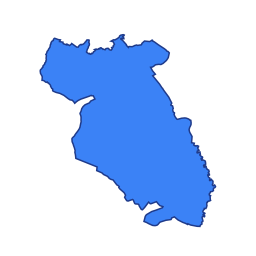 Branesti, Dâmbovita, Romania (Equal Earth projection), rotated 191°
{"feature_id": "2599482B82394279234380", "entity_name": "Branesti", "entity_type": "district", "adm_level": 2, "iso_a3": "ROU", "parent_name": "Romania", "parent_adm1": "Dâmbovita", "projection": "equal_earth", "projection_center": [25.411, 45.045], "detail": "fine", "context": "isolated", "style": "filled", "palette": "blue", "viewbox_px": 256, "rotation_deg": 191, "n_neighbors": 0, "source": "geoboundaries", "source_scale": "gbopen_adm2", "svg_char_len": 5776}
<svg xmlns="http://www.w3.org/2000/svg" viewBox="0 0 256 256"><g transform="rotate(191 128 128)"><path d="M217.6,157.3L216.6,157.4L216.1,157.7L215.8,157.2L215.5,157.3L215.1,157.0L214.5,157.0L214.2,156.5L212.9,155.8L212.4,155.2L212.0,154.7L212.0,154.3L210.9,152.9L210.4,152.3L209.5,152.0L209.3,151.8L209.1,150.4L208.6,149.9L205.3,149.2L201.5,149.0L197.1,147.8L192.6,145.5L190.4,144.6L188.0,144.6L186.3,143.4L185.0,142.1L183.6,144.0L182.2,145.5L179.7,147.4L171.8,152.0L170.4,153.0L169.7,152.7L168.2,153.0L166.0,150.1L169.8,147.3L170.7,145.3L174.6,142.6L176.2,140.4L177.1,138.1L177.3,135.4L177.9,133.3L177.7,132.7L176.6,130.9L176.1,129.5L175.6,126.6L175.2,125.2L175.3,123.3L175.3,119.7L175.7,117.8L176.7,115.4L178.6,111.6L179.0,110.1L180.7,107.7L181.0,106.7L180.2,103.8L178.8,101.8L178.1,100.4L176.9,98.4L175.6,95.8L175.5,94.0L174.5,91.7L173.4,88.2L150.9,83.9L150.6,80.2L145.1,79.0L143.1,77.7L138.8,76.6L136.7,74.9L134.8,74.3L132.8,74.2L128.1,70.0L127.0,69.7L125.5,68.9L125.7,67.8L124.2,66.5L119.5,63.8L117.6,61.6L118.1,59.3L116.3,57.3L115.3,56.4L114.0,56.3L109.9,58.7L109.1,58.3L107.1,55.3L106.3,54.9L103.5,55.2L102.8,54.9L102.1,53.6L99.5,50.7L98.9,50.5L98.2,50.5L96.5,53.2L93.6,59.2L91.7,57.9L90.9,58.1L86.0,61.1L83.9,59.3L81.9,57.9L78.7,57.5L79.0,56.3L84.5,52.9L88.8,50.5L93.4,46.4L94.2,44.6L94.5,39.3L91.7,38.8L89.6,38.1L85.4,37.1L83.5,37.2L82.3,37.5L81.0,38.1L80.2,39.0L78.8,41.5L78.1,42.0L73.1,44.7L68.4,46.3L68.2,46.6L67.9,48.1L65.5,49.6L61.4,47.3L56.2,45.8L53.6,45.4L51.1,44.7L51.0,45.4L47.9,44.7L46.4,44.7L41.4,44.7L38.8,45.1L38.6,45.1L38.5,46.2L38.1,46.9L37.1,47.8L37.2,48.4L37.7,49.3L37.7,49.7L36.8,50.4L36.7,50.7L36.8,51.3L38.0,53.8L38.2,54.5L38.1,55.1L37.7,55.6L36.1,55.4L35.9,55.7L35.9,56.0L36.0,56.5L36.3,56.8L37.5,57.0L37.8,57.2L37.8,57.4L37.3,58.0L36.3,58.5L36.2,58.9L36.7,59.2L37.6,59.2L38.1,59.5L38.6,60.3L38.5,61.0L38.0,62.3L37.6,62.7L37.8,63.4L37.8,63.6L36.2,63.8L35.8,65.1L35.7,67.0L36.0,67.5L36.4,69.7L35.8,70.2L35.9,70.9L34.8,71.7L34.0,71.9L33.1,72.7L33.5,73.3L34.4,76.7L34.3,77.0L34.0,77.2L34.0,77.4L35.2,77.5L35.6,78.4L35.6,79.1L35.1,79.7L34.8,81.2L33.3,81.7L32.2,82.8L32.6,84.3L32.5,85.2L31.4,86.0L30.9,86.9L30.9,87.3L32.1,88.6L32.5,88.5L33.0,87.6L33.7,87.6L34.2,88.0L34.4,88.6L34.0,90.0L34.3,90.9L34.4,92.0L35.3,92.5L36.4,93.6L36.7,93.5L36.9,92.6L37.2,92.2L37.5,92.0L37.9,92.1L38.1,92.8L37.9,93.7L38.3,94.6L39.0,94.7L39.7,95.2L40.4,96.5L40.7,96.8L40.8,97.1L40.5,97.5L39.4,97.2L39.1,97.4L39.3,98.2L40.7,99.4L40.7,99.6L40.0,100.4L40.0,100.6L40.7,102.0L42.6,102.6L42.9,103.4L43.6,103.7L44.0,105.2L44.3,105.2L45.7,104.1L45.9,104.2L45.6,104.9L45.7,105.1L46.2,105.0L46.6,105.3L46.6,105.8L46.3,106.3L45.0,106.5L44.8,106.8L45.1,107.5L45.0,108.4L45.4,108.8L45.7,110.1L46.3,110.5L48.0,110.9L48.3,110.9L49.2,110.5L49.4,110.5L49.4,111.2L49.7,111.4L50.4,111.6L50.3,112.1L49.3,112.3L49.2,112.8L49.2,113.5L49.4,113.8L49.9,113.8L52.1,114.9L52.4,115.5L51.9,116.0L52.8,118.2L53.8,117.7L54.3,117.1L55.0,116.8L55.5,116.9L55.6,117.4L55.5,118.7L54.3,119.2L54.0,119.7L55.2,120.6L55.8,122.1L55.2,122.9L55.3,123.6L56.9,123.9L57.8,123.2L58.7,123.5L59.3,123.4L60.2,123.9L60.0,125.7L62.8,125.7L63.5,131.9L66.7,135.7L67.7,137.9L67.6,140.2L67.0,142.2L66.8,143.6L67.1,145.4L67.8,147.5L68.9,147.6L69.0,147.9L70.7,148.5L72.8,148.8L74.2,148.7L77.3,147.8L80.9,146.0L81.6,146.0L82.2,146.4L84.3,148.4L85.4,150.3L85.2,151.4L85.3,151.8L86.6,152.3L87.5,154.1L87.6,155.1L87.3,155.7L88.3,157.9L88.5,158.2L90.0,158.4L90.4,158.8L89.8,160.8L93.9,166.1L100.3,172.0L101.7,173.6L102.3,173.9L105.3,177.0L113.7,184.0L111.4,186.0L114.7,188.7L117.4,191.9L115.7,192.5L114.4,193.7L113.1,195.3L109.9,196.4L107.8,196.6L105.9,198.1L103.2,201.6L102.5,203.2L101.9,204.8L101.8,209.6L103.2,210.7L104.7,211.0L105.5,211.8L107.5,212.8L113.9,215.4L118.4,217.5L120.4,218.1L120.6,218.7L121.1,218.9L122.3,217.7L123.2,217.0L128.4,216.5L130.5,213.7L130.6,212.5L130.8,212.2L134.4,210.9L135.4,211.1L137.4,210.1L138.3,209.3L139.5,208.6L142.5,208.2L142.9,207.7L143.0,207.2L145.0,208.6L145.5,209.1L145.5,209.5L150.3,213.2L151.6,213.6L152.2,214.1L151.8,214.8L149.1,214.8L149.2,215.5L150.7,216.7L149.5,217.9L150.0,218.3L149.8,218.6L150.6,218.7L152.9,217.7L153.4,217.2L153.8,216.7L154.0,215.4L155.9,213.4L157.7,212.0L159.1,211.8L161.2,210.0L159.1,209.9L157.3,207.6L158.2,205.8L157.8,205.2L157.9,204.8L159.5,203.8L159.5,203.7L158.9,203.4L158.6,203.0L158.8,202.2L159.5,201.1L161.4,201.4L161.9,202.1L162.4,202.4L163.4,202.3L164.8,201.7L165.4,200.4L167.6,200.8L167.7,200.6L168.2,201.0L169.0,201.1L169.6,201.6L170.0,201.6L171.6,200.5L171.2,200.2L172.5,199.6L173.4,199.2L173.8,199.4L174.4,199.1L174.6,199.3L175.7,198.7L174.7,198.4L175.4,197.1L176.4,196.2L176.5,195.4L177.4,194.2L177.9,194.4L178.5,193.7L178.5,193.4L178.9,193.2L180.1,193.8L180.3,193.4L181.1,193.6L183.1,194.4L183.3,194.8L183.0,195.7L183.1,196.4L182.8,198.1L182.4,199.0L182.3,199.4L182.5,200.0L181.8,202.0L181.9,203.1L182.3,204.0L182.8,204.3L182.8,204.7L182.8,206.3L183.0,206.8L182.6,207.1L185.1,206.6L185.3,206.3L186.0,204.5L186.4,204.2L186.9,203.0L187.8,201.9L188.4,201.4L189.4,201.2L189.6,200.8L190.5,200.9L191.6,199.7L192.2,198.5L192.3,197.9L193.7,197.6L199.4,200.2L199.6,199.6L201.1,197.8L203.9,198.7L203.9,197.9L207.6,198.4L208.2,199.4L208.2,199.8L211.7,199.8L211.2,201.6L213.3,201.5L217.1,202.1L217.6,201.7L218.1,200.7L218.0,199.7L219.1,198.8L219.7,197.6L219.9,196.5L219.7,195.9L220.1,195.0L220.0,192.7L220.4,191.5L221.1,190.0L221.1,189.2L222.0,187.8L222.1,186.2L222.4,185.0L222.7,184.6L222.0,183.7L221.9,183.2L221.7,180.8L221.2,179.5L221.4,178.3L221.3,177.7L221.5,176.8L222.0,176.1L222.1,175.4L221.9,175.0L222.1,174.6L223.3,172.7L223.3,172.4L223.1,171.5L223.7,170.9L223.7,170.4L224.1,169.7L225.0,168.5L225.1,167.3L224.3,164.9L222.6,162.9L221.9,161.8L221.5,158.4L220.9,158.5L219.3,158.3L217.6,157.3Z" fill="#3b82f6" stroke="#1e3a8a" stroke-width="1.5"/></g></svg>